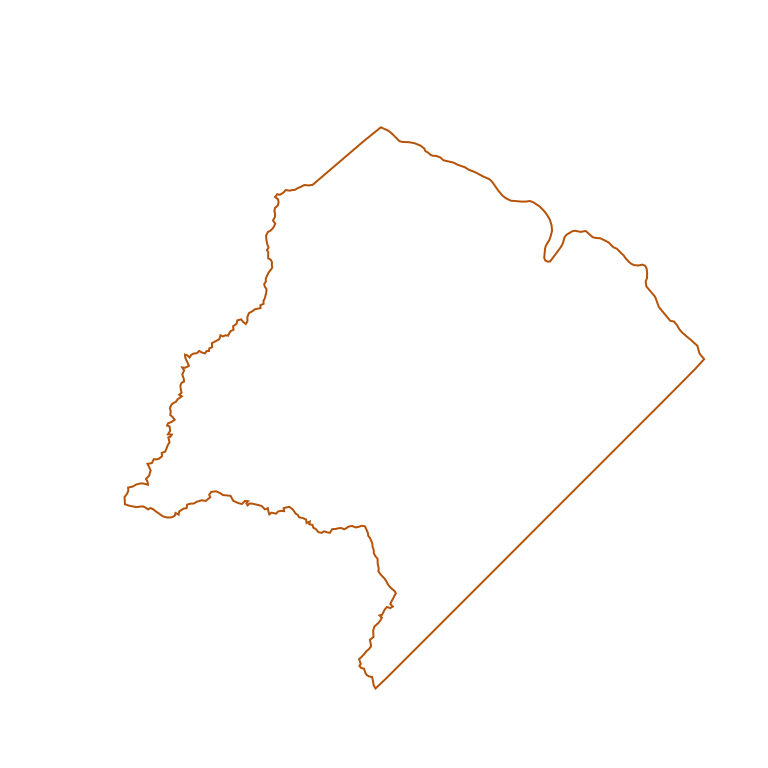 Planaltina, Goiás, Brazil (Mercator projection), rotated 315°
{"feature_id": "56859067B53448313015769", "entity_name": "Planaltina", "entity_type": "district", "adm_level": 2, "iso_a3": "BRA", "parent_name": "Brazil", "parent_adm1": "Goiás", "projection": "mercator", "projection_center": [-47.833, -15.26], "detail": "fine", "context": "isolated", "style": "outline", "palette": "amber", "viewbox_px": 768, "rotation_deg": 315, "n_neighbors": 0, "source": "geoboundaries", "source_scale": "gbopen_adm2", "svg_char_len": 4954}
<svg xmlns="http://www.w3.org/2000/svg" viewBox="0 0 768 768"><g transform="rotate(315 384 384)"><path d="M129.8,276.3L127.6,278.8L124.3,280.0L120.6,280.5L115.8,285.8L117.6,289.6L121.8,295.9L125.3,298.6L127.1,300.3L128.1,303.2L128.5,305.9L131.1,306.5L132.3,309.7L132.6,313.1L133.3,316.4L134.0,321.1L136.3,325.1L139.5,328.1L143.0,329.2L145.4,327.8L146.4,331.2L149.0,329.3L154.0,330.3L156.6,332.2L159.5,330.1L162.7,331.9L165.0,334.0L168.1,334.8L172.6,337.1L175.3,340.6L178.7,341.0L181.1,341.2L182.0,338.8L185.3,338.0L189.3,341.0L190.8,344.7L191.6,348.7L193.8,351.3L196.4,354.6L194.8,360.0L196.7,365.0L198.7,368.4L203.0,368.3L204.9,370.7L202.3,371.0L201.7,373.4L204.4,373.4L206.4,375.7L208.8,379.5L211.2,383.7L211.2,388.5L214.0,389.7L211.9,392.8L210.7,395.1L213.6,395.5L216.0,399.4L218.9,399.2L221.5,400.9L223.5,403.3L225.1,400.9L227.3,402.0L230.2,403.9L230.8,408.3L229.9,413.2L230.5,415.6L229.7,418.2L231.7,421.2L233.1,424.7L230.9,427.6L234.2,428.8L232.0,430.4L233.8,433.0L232.4,435.5L233.2,438.3L232.9,442.5L234.7,445.2L237.4,445.7L238.6,448.1L240.5,451.0L244.7,450.0L247.3,452.3L250.1,454.0L251.9,455.6L253.1,458.5L255.4,459.3L258.3,459.9L260.9,461.6L262.6,465.5L265.6,467.4L268.0,468.5L269.9,471.2L268.6,474.6L267.2,478.0L265.5,480.2L265.2,482.9L263.1,488.3L260.9,490.9L259.2,494.3L257.1,496.5L256.1,500.0L255.9,503.0L252.3,506.8L250.0,510.6L247.6,512.5L246.9,516.6L246.8,519.3L246.8,521.7L246.2,525.0L245.1,528.4L244.7,531.3L244.8,535.4L245.1,538.0L244.3,540.5L241.8,541.0L238.6,542.2L235.9,542.9L232.9,544.0L232.8,547.6L229.9,546.8L228.4,543.7L225.1,544.0L222.1,544.9L219.5,545.8L217.2,544.5L217.3,547.8L214.6,548.5L211.0,549.0L205.8,548.7L202.1,550.6L197.6,555.5L193.1,554.9L191.2,557.9L189.3,560.4L185.6,560.8L182.3,560.5L178.4,561.0L175.0,561.1L171.9,560.9L169.6,565.5L167.2,566.0L167.1,568.7L168.6,571.2L166.6,575.0L166.0,577.5L166.7,580.3L168.4,582.8L166.3,586.1L163.6,589.8L162.7,593.3L177.8,593.7L226.8,593.7L328.8,593.7L398.0,593.6L467.2,593.6L490.1,593.6L528.0,593.6L531.3,593.6L534.5,593.6L545.3,593.6L550.8,593.6L559.6,593.6L571.8,593.6L597.5,593.5L603.8,593.5L607.2,593.4L614.7,593.4L628.0,592.8L628.6,585.7L632.6,578.5L632.2,569.7L631.7,565.3L631.2,558.8L631.5,554.4L632.8,549.4L633.3,545.0L631.1,541.6L632.8,523.9L637.4,514.0L638.5,500.6L641.4,496.6L645.0,495.0L649.0,491.1L651.5,487.8L652.2,484.9L651.2,482.4L647.8,480.2L644.9,476.8L643.9,474.0L643.5,470.8L643.8,465.4L644.4,462.6L644.2,460.1L644.3,456.7L644.3,452.9L642.9,449.6L642.9,442.5L641.1,437.0L639.9,433.8L636.9,430.3L635.4,427.8L634.8,418.4L630.6,415.5L627.4,410.7L625.3,409.2L618.6,407.5L615.1,408.0L611.2,410.3L609.0,411.4L605.4,412.3L588.2,414.8L586.1,413.0L585.4,410.6L586.5,408.1L593.4,402.3L596.3,400.6L602.7,399.1L606.4,397.3L611.2,394.5L614.6,390.4L617.5,385.1L618.5,381.0L619.3,377.2L619.6,373.3L619.6,368.4L618.0,360.8L616.5,357.7L613.4,355.4L610.3,352.4L605.9,347.1L603.3,344.1L601.5,338.7L601.0,334.6L601.6,327.8L603.5,317.3L603.3,313.5L601.5,309.0L600.6,306.6L598.4,299.1L595.4,292.3L594.5,288.1L591.3,281.5L589.7,276.6L584.2,267.8L584.0,263.3L582.0,259.4L580.1,257.4L579.0,255.2L578.8,251.9L578.0,248.4L579.0,246.1L578.4,241.4L575.9,235.4L572.8,230.9L568.0,225.6L566.6,223.2L566.7,212.5L566.2,208.2L563.3,200.3L542.4,198.0L474.4,192.7L471.1,190.3L468.4,187.0L464.8,185.8L460.6,184.2L458.2,183.7L456.3,182.0L454.0,180.6L451.7,177.4L448.0,177.5L444.0,176.5L442.8,174.3L439.2,174.8L439.7,178.6L437.5,181.4L435.0,182.7L431.4,182.4L428.6,184.3L427.4,186.7L425.0,188.7L421.1,189.9L420.5,193.7L417.7,194.8L415.2,195.3L412.3,195.3L409.3,194.4L405.5,195.7L402.5,199.3L400.1,203.0L398.7,206.1L395.9,206.5L395.3,209.1L393.2,210.9L391.0,213.3L391.8,216.4L390.8,218.8L389.0,220.3L387.3,222.7L384.5,223.2L381.1,223.6L377.6,224.8L374.9,225.9L372.8,228.0L370.0,228.6L368.5,230.9L368.1,233.7L365.8,235.8L362.7,237.7L360.6,239.0L357.6,240.0L355.5,242.2L352.4,240.9L350.3,243.0L345.8,240.0L342.5,239.5L338.6,238.4L334.8,240.0L331.7,243.1L328.7,243.9L328.3,240.7L328.7,237.3L325.3,235.3L322.3,237.2L318.1,236.5L316.0,239.2L312.7,238.1L307.9,239.6L306.3,237.4L303.8,236.5L302.8,233.9L299.2,235.9L295.3,234.7L291.1,233.4L288.5,236.5L285.6,235.3L283.6,236.9L281.7,235.2L279.1,235.8L277.8,233.7L276.6,229.9L273.6,230.0L270.8,227.8L268.1,227.1L265.3,227.8L265.2,224.9L264.0,222.5L261.9,225.2L260.1,230.2L258.9,233.2L255.0,232.0L253.0,229.6L252.3,233.1L248.1,234.6L246.2,238.5L244.4,240.9L241.8,240.0L239.2,240.9L236.6,243.9L234.7,247.0L231.6,246.8L232.3,249.7L227.2,248.9L224.4,249.4L219.9,248.1L215.6,249.6L213.9,252.5L210.9,254.9L211.2,257.7L210.7,261.3L206.7,260.5L203.5,259.1L201.2,260.0L202.4,262.4L199.7,265.9L195.6,266.8L198.2,269.7L195.9,270.3L193.7,269.3L191.2,273.5L187.8,274.4L184.7,275.8L181.4,277.1L178.1,275.6L176.1,278.1L172.4,277.8L170.0,276.6L168.1,274.4L163.9,275.8L160.3,273.2L159.2,276.5L157.9,280.1L153.2,282.7L148.6,282.8L147.6,286.1L145.8,288.3L143.7,284.5L141.9,282.4L137.9,279.9L133.9,278.9L129.8,276.3Z" fill="none" stroke="#b45309" stroke-width="2"/></g></svg>